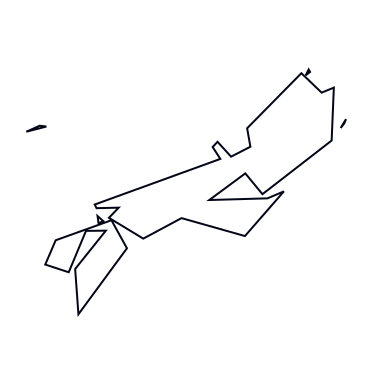 the Province of Nova Scotia, rotated 175°
{"feature_id": "CAN-685", "entity_name": "Nova Scotia", "entity_type": "Province", "adm_level": 1, "iso_a3": "CAN", "parent_name": "Canada", "parent_adm1": "", "projection": "equal_earth", "projection_center": [-62.958, 45.228], "detail": "coarse", "context": "isolated", "style": "outline", "palette": "ink", "viewbox_px": 384, "rotation_deg": 175, "n_neighbors": 0, "source": "natural_earth", "source_scale": "10m", "svg_char_len": 746}
<svg xmlns="http://www.w3.org/2000/svg" viewBox="0 0 384 384"><g transform="rotate(175 192 192)"><path d="M143.1,143.5L204.7,166.9L244.6,149.8L277.0,173.5L266.4,182.8L288.5,184.2L290.0,188.0L160.9,222.5L167.5,235.0L162.2,239.8L150.0,223.8L129.9,232.0L131.5,250.7L72.7,300.8L54.2,279.7L41.6,283.6L48.4,231.1L122.0,183.7L137.3,205.9L175.5,182.5L117.3,179.1L100.4,184.6L143.1,143.5ZM332.0,155.8L274.7,170.9L261.7,141.6L315.8,80.1L315.1,125.5L281.2,161.0L301.0,162.5L321.8,122.8L344.5,132.5L332.0,155.8ZM287.8,168.9L288.2,176.3L283.0,170.8L287.8,168.9ZM337.9,271.3L351.8,266.5L331.4,269.9L337.9,271.3ZM63.9,301.3L68.6,298.3L65.1,303.9L63.9,301.3ZM34.3,247.1L38.3,242.8L32.2,251.2L34.3,247.1Z" fill="none" stroke="#020617" stroke-width="2"/></g></svg>